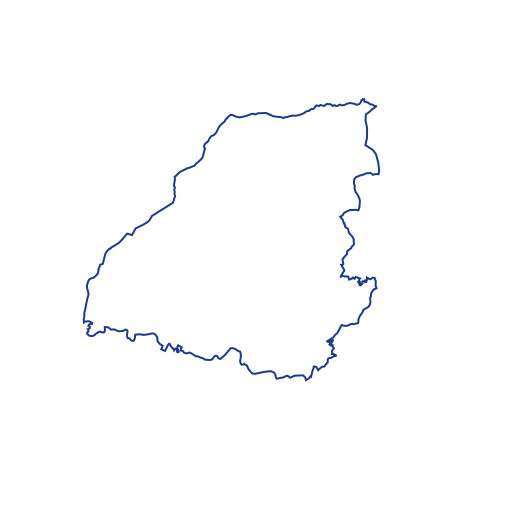 the district of Dalboset, Caras-Severin, Romania, rotated 236°
{"feature_id": "2599482B18493175131384", "entity_name": "Dalboset", "entity_type": "district", "adm_level": 2, "iso_a3": "ROU", "parent_name": "Romania", "parent_adm1": "Caras-Severin", "projection": "albers", "projection_center": [21.932, 44.818], "detail": "fine", "context": "isolated", "style": "outline", "palette": "blue", "viewbox_px": 512, "rotation_deg": 236, "n_neighbors": 0, "source": "geoboundaries", "source_scale": "gbopen_adm2", "svg_char_len": 6123}
<svg xmlns="http://www.w3.org/2000/svg" viewBox="0 0 512 512"><g transform="rotate(236 256 256)"><path d="M237.1,365.7L236.7,366.6L239.0,369.4L243.8,373.1L246.6,374.1L250.2,374.5L253.2,374.4L255.6,375.0L257.5,375.8L258.9,377.1L261.2,377.7L264.6,380.2L265.5,382.9L264.3,388.3L263.3,390.9L262.9,393.6L260.8,397.3L259.2,398.1L258.1,398.2L256.7,401.6L255.3,403.3L257.7,405.7L265.1,409.6L273.4,412.4L278.9,412.1L286.8,408.7L291.9,414.1L299.9,419.6L307.2,422.6L312.0,426.3L312.0,430.2L312.7,434.6L312.6,436.8L312.9,439.2L313.2,439.3L314.3,438.0L316.1,437.4L317.8,435.7L319.2,435.0L320.6,434.6L323.4,432.2L325.4,433.4L326.4,432.3L325.9,431.1L326.1,430.2L325.3,429.5L324.5,427.9L324.2,426.4L325.0,424.1L327.2,422.6L329.5,420.4L330.4,419.0L331.1,417.4L331.9,413.3L333.1,411.1L334.5,410.3L334.9,409.3L334.7,408.2L335.0,407.2L335.8,406.1L336.8,405.7L337.4,404.7L337.4,403.6L340.4,402.5L341.6,400.4L342.5,399.9L342.3,396.4L345.2,393.8L345.1,391.9L346.9,390.5L347.0,389.7L346.0,386.9L345.9,385.7L346.6,384.4L347.0,382.6L346.7,381.1L347.2,379.8L347.5,379.5L347.8,377.8L347.6,375.4L348.1,373.1L348.8,370.3L350.2,367.1L352.3,364.3L352.4,363.1L353.2,362.2L353.5,360.1L355.0,357.1L355.0,355.9L356.8,354.7L362.1,348.5L365.3,346.7L365.4,346.3L367.1,345.6L369.1,344.1L373.3,337.3L373.5,335.5L374.2,334.0L375.2,333.6L376.3,331.7L377.6,326.1L380.0,320.0L383.0,317.1L385.7,315.6L387.1,314.1L387.1,311.7L386.6,309.2L386.2,308.7L386.3,307.5L385.0,305.0L384.8,302.3L384.2,299.2L383.4,296.8L381.1,293.1L380.3,291.2L379.8,288.7L380.3,286.4L380.1,284.8L379.1,282.5L378.0,280.7L377.6,278.9L377.7,277.9L377.3,276.2L376.6,274.9L375.4,273.9L373.7,273.8L369.7,269.3L367.3,266.2L366.4,261.9L366.0,257.4L365.2,255.9L366.4,250.1L367.3,247.6L367.2,247.3L368.2,240.1L367.9,237.6L367.2,234.5L367.2,232.9L364.8,231.6L360.5,227.5L359.5,227.2L358.5,227.2L357.9,226.8L356.6,225.2L355.2,224.8L352.6,222.9L350.8,222.4L349.3,220.1L348.3,219.2L346.6,216.8L347.4,192.3L345.2,187.7L344.8,184.8L345.0,180.2L346.2,171.7L342.7,164.9L346.6,161.6L345.0,156.2L343.7,150.6L343.5,147.8L343.8,145.2L343.6,144.6L344.0,141.2L343.5,138.8L344.0,138.5L344.0,137.8L343.6,136.8L343.6,136.0L343.0,134.3L342.1,132.4L335.1,124.5L335.9,122.0L332.8,117.6L332.0,117.3L330.2,115.5L329.3,112.9L328.9,110.7L328.9,109.0L329.4,107.7L329.9,105.4L329.4,103.7L328.0,101.7L326.3,99.6L324.2,98.2L318.5,96.1L317.6,95.5L314.6,91.9L307.0,84.3L305.4,82.4L303.8,81.0L301.7,79.8L300.3,78.1L297.2,76.3L297.4,77.3L295.9,80.1L294.9,81.4L292.0,82.8L291.4,82.2L292.5,80.0L292.4,79.1L291.9,78.0L290.4,78.7L289.7,78.4L289.1,77.7L289.4,75.6L287.9,75.5L287.3,75.0L286.8,73.2L286.4,72.7L284.9,72.7L282.9,73.4L281.2,75.3L280.7,78.0L281.1,79.7L280.9,83.8L280.0,84.9L278.4,86.0L277.7,87.3L278.4,88.9L281.7,90.9L279.8,93.3L277.8,94.2L276.0,94.6L274.4,97.5L271.9,98.9L270.1,100.3L268.1,104.3L268.2,106.3L267.1,107.5L265.5,107.5L262.0,104.3L259.5,103.7L258.4,105.1L256.8,105.1L255.0,105.6L254.1,107.5L255.3,109.2L256.2,110.1L258.3,111.8L256.4,115.5L253.3,118.9L251.0,123.6L250.0,126.6L248.5,128.1L246.6,128.7L243.9,128.7L240.3,126.7L236.8,127.1L233.8,128.4L231.6,125.3L228.1,127.5L231.4,133.1L231.8,134.8L231.6,135.3L230.0,135.0L227.4,135.1L225.2,135.6L223.6,135.3L224.4,136.9L224.0,137.8L223.2,138.0L220.5,137.0L220.0,137.1L219.8,138.3L223.3,139.2L224.8,140.2L225.5,141.5L221.9,143.4L221.3,142.1L219.9,140.7L217.8,142.3L216.3,142.2L214.2,143.7L213.1,146.9L212.0,147.7L206.6,150.1L205.1,151.8L202.8,153.2L201.1,154.7L198.7,155.7L196.0,159.0L195.0,160.8L195.0,162.7L195.9,164.5L196.1,166.4L195.2,167.7L192.1,167.8L190.6,168.9L191.3,175.0L193.7,183.2L193.0,184.7L191.0,186.5L186.9,188.3L185.6,189.4L183.0,188.5L181.2,187.3L177.6,183.9L175.3,183.2L174.1,183.2L173.2,184.7L173.2,185.9L170.1,187.2L166.4,186.5L160.8,187.1L158.9,189.3L155.1,198.5L152.3,203.8L149.4,205.7L147.3,205.8L143.9,204.5L142.8,204.6L142.0,205.9L141.4,208.1L140.4,209.6L139.9,212.0L139.7,213.9L139.2,215.1L136.0,216.3L135.1,221.2L130.9,228.1L128.7,228.8L127.3,228.8L125.2,228.0L124.9,231.9L125.7,233.3L126.0,234.6L125.5,234.6L129.2,238.6L130.8,241.0L132.0,241.9L132.1,242.2L130.3,244.0L126.6,243.7L126.9,245.0L127.2,248.8L127.0,249.5L126.2,250.6L126.3,251.7L126.9,252.6L127.8,256.1L130.0,257.5L130.5,258.3L130.6,259.0L129.5,261.8L129.5,264.3L128.5,266.2L128.9,266.7L131.0,265.8L132.3,264.1L133.5,265.3L134.8,266.0L135.4,267.1L135.7,268.8L136.0,269.1L138.0,268.8L139.2,269.6L139.8,268.1L141.5,267.4L141.9,268.1L141.1,268.5L141.0,268.9L142.7,271.8L142.8,272.3L143.3,272.6L143.8,271.9L143.9,271.3L143.5,268.8L145.0,267.3L145.5,267.3L145.5,268.3L145.2,269.1L145.4,269.6L145.3,274.6L146.4,277.7L146.5,279.9L148.8,284.5L150.6,287.6L150.8,288.7L149.5,289.4L147.7,291.6L147.2,292.6L146.8,294.2L146.8,295.4L146.3,296.7L146.1,297.8L144.8,298.8L144.3,300.5L143.3,303.1L145.2,304.9L146.1,305.4L148.1,308.4L150.3,313.9L151.3,314.8L151.0,320.1L151.2,321.8L153.2,324.7L157.3,327.1L158.4,328.8L160.0,330.0L161.0,331.1L162.5,335.0L162.2,335.2L161.9,337.9L164.4,338.5L168.5,341.4L169.3,341.4L171.4,342.1L172.8,340.7L172.7,337.8L173.8,336.9L175.0,336.6L175.2,336.0L176.0,335.8L175.1,335.0L174.4,334.8L172.8,332.9L173.2,332.0L174.7,332.7L174.9,332.3L174.7,331.6L175.4,330.1L175.3,329.8L173.8,329.1L173.4,328.3L173.8,327.5L173.7,327.1L173.1,326.6L173.1,326.4L173.8,325.8L174.3,325.7L175.4,326.4L175.7,327.2L176.2,327.6L176.6,327.1L176.6,326.2L177.7,326.4L177.9,327.7L179.1,328.9L179.2,329.6L180.3,328.7L180.9,328.6L181.4,328.0L182.9,326.9L182.0,325.1L182.3,324.7L183.9,324.4L183.6,323.3L184.0,322.4L183.7,321.8L184.4,320.0L186.4,320.6L186.9,320.5L187.3,320.9L188.5,319.8L189.1,318.4L191.5,316.3L191.4,314.6L191.5,314.6L192.4,316.1L194.7,321.3L201.0,321.7L200.3,323.0L200.4,323.8L201.0,324.2L204.3,325.5L205.2,326.4L205.2,327.3L205.8,328.3L206.5,331.9L207.0,332.8L208.4,333.7L209.1,334.6L209.3,339.5L210.0,340.2L210.3,341.1L210.6,343.2L211.3,344.1L213.6,345.2L214.8,346.2L217.6,346.7L223.1,346.1L227.3,347.5L229.4,346.4L230.4,346.3L230.9,346.4L231.4,347.0L233.8,347.1L233.9,347.6L234.5,347.3L237.8,348.2L241.4,347.7L241.3,350.6L242.4,352.7L242.2,356.1L241.7,359.0L241.4,360.0L240.3,361.5L238.7,364.3L237.9,365.4L237.1,365.7Z" fill="none" stroke="#1e3a8a" stroke-width="2"/></g></svg>